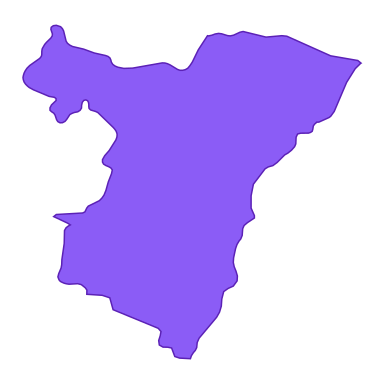 the border of Bas-Rhin
{"feature_id": "FRA-5273", "entity_name": "Bas-Rhin", "entity_type": "Metropolitan department", "adm_level": 1, "iso_a3": "FRA", "parent_name": "France", "parent_adm1": "", "projection": "natural_earth1", "projection_center": [7.42, 48.594], "detail": "fine", "context": "isolated", "style": "filled", "palette": "violet", "viewbox_px": 384, "rotation_deg": 0, "n_neighbors": 0, "source": "natural_earth", "source_scale": "10m", "svg_char_len": 2778}
<svg xmlns="http://www.w3.org/2000/svg" viewBox="0 0 384 384"><path d="M207.5,35.7L208.6,35.9L211.9,35.2L215.1,34.0L218.6,33.4L221.7,33.8L227.5,35.6L230.2,35.9L233.5,35.2L240.0,32.2L243.1,31.5L266.0,37.1L281.8,35.7L286.8,36.2L330.6,55.8L357.8,60.5L361.0,63.1L360.8,63.2L355.2,68.7L346.6,82.4L334.2,111.5L330.7,116.3L329.1,117.5L318.9,122.1L316.5,122.2L315.9,123.1L314.6,124.1L313.3,126.0L312.8,129.3L312.2,131.3L310.6,132.4L308.5,133.1L300.7,133.2L297.6,134.0L296.1,137.2L295.8,143.9L294.6,146.7L291.6,150.1L287.9,153.1L284.7,154.9L277.1,162.5L272.9,165.6L268.3,166.9L265.1,168.8L253.4,184.2L251.1,195.8L251.1,208.1L254.4,215.6L254.4,218.0L247.5,222.6L244.1,225.5L242.7,228.7L242.2,235.4L240.8,238.9L239.0,241.1L237.0,244.5L235.6,248.5L233.6,257.8L233.3,262.5L234.2,266.7L236.0,271.2L237.4,276.0L237.1,280.9L233.3,286.1L228.2,288.4L223.7,291.6L221.8,299.0L221.3,306.2L219.5,312.2L216.6,317.3L199.1,338.2L197.2,342.5L196.7,347.6L195.3,350.4L193.4,352.6L191.4,355.7L190.4,358.7L179.6,358.1L174.8,356.5L171.6,348.0L167.7,347.2L163.0,347.1L159.3,345.0L158.7,340.5L160.2,335.8L161.0,331.5L158.2,328.3L113.1,309.7L109.8,297.8L102.2,295.3L86.8,294.3L86.9,290.1L85.3,287.8L81.3,284.6L77.7,283.7L69.0,284.2L66.4,283.8L64.1,283.2L61.0,281.8L59.5,280.6L58.8,279.3L57.9,276.9L58.7,273.7L61.1,268.0L61.7,264.7L61.9,259.5L64.2,243.5L64.5,230.5L66.1,227.7L68.2,226.1L70.3,224.9L67.7,223.2L53.7,216.6L56.3,214.5L82.6,213.0L84.9,211.9L86.8,208.0L88.3,206.1L99.3,200.7L101.9,198.1L104.0,195.1L105.9,190.5L108.3,181.9L111.5,173.7L112.3,169.9L110.8,167.9L108.5,166.6L105.8,165.5L103.6,164.1L102.5,162.1L102.5,159.6L104.7,155.7L109.2,150.5L115.9,139.9L116.8,137.4L117.0,136.3L117.1,134.5L116.9,133.3L116.2,131.4L115.0,129.5L113.4,127.6L97.8,112.5L95.4,111.4L90.7,110.0L89.1,108.5L88.8,106.6L88.8,104.5L88.5,102.5L87.6,100.7L85.8,99.9L83.8,100.4L82.3,102.3L81.6,105.4L81.5,108.1L80.1,110.3L77.8,111.8L74.3,112.5L72.2,113.3L69.9,114.5L66.7,119.4L65.0,121.4L62.5,122.7L60.0,122.8L57.8,121.6L56.6,119.7L55.1,115.2L53.8,113.2L51.8,111.9L50.0,110.3L50.0,107.8L51.5,104.9L56.1,100.5L56.0,98.5L54.3,97.3L49.1,96.4L33.6,89.9L29.2,87.5L27.5,86.1L25.6,84.2L24.1,82.0L23.3,79.7L23.0,77.5L23.4,75.4L24.1,73.1L25.3,70.7L27.0,68.2L29.7,65.5L39.7,58.4L41.3,56.4L41.7,55.0L41.8,53.5L41.8,51.6L42.0,49.9L42.2,48.9L42.4,48.4L44.7,44.4L46.5,42.3L50.8,38.1L52.2,36.0L52.4,33.9L50.9,29.4L51.2,27.3L53.3,25.7L56.3,25.3L60.6,26.7L62.4,28.6L63.6,30.9L66.1,41.1L67.4,43.2L69.6,45.0L72.5,46.5L83.6,49.1L94.3,53.0L105.5,55.5L108.0,56.4L109.9,57.9L110.8,59.9L111.4,62.2L112.8,64.4L115.0,66.0L117.8,67.2L123.8,68.4L132.7,68.1L162.2,62.9L164.9,63.0L167.5,63.7L170.1,64.9L177.5,69.4L180.0,70.3L182.6,70.3L185.2,69.7L187.7,68.3L189.9,65.7L192.3,62.1L198.3,49.8L207.5,35.7Z" fill="#8b5cf6" stroke="#5b21b6" stroke-width="1.5"/></svg>